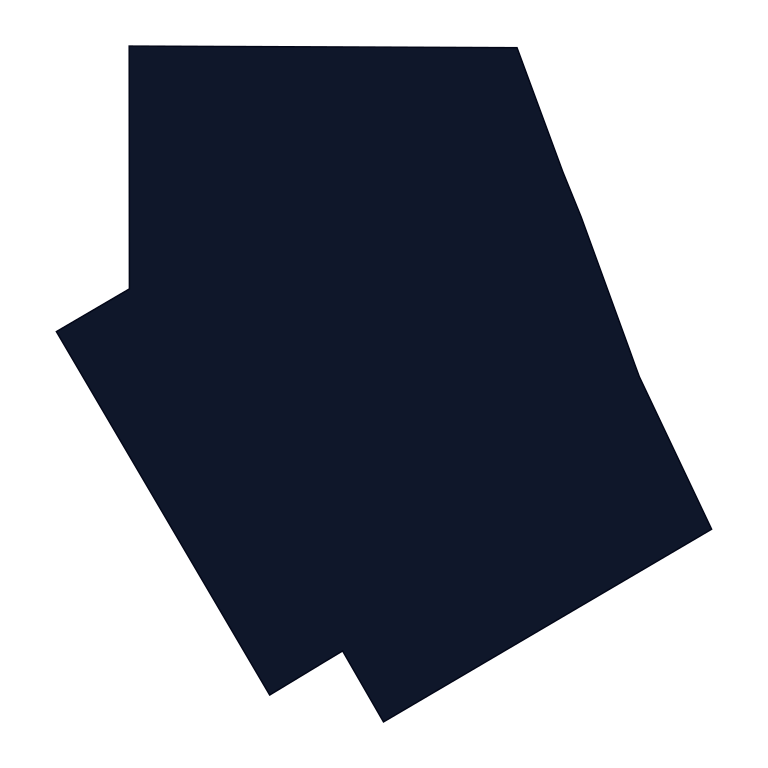 Erath, Texas, United States of America (Robinson projection)
{"feature_id": "52423323B59070350705897", "entity_name": "Erath", "entity_type": "district", "adm_level": 2, "iso_a3": "USA", "parent_name": "United States of America", "parent_adm1": "Texas", "projection": "robinson", "projection_center": [-98.148, 32.215], "detail": "fine", "context": "isolated", "style": "filled", "palette": "ink", "viewbox_px": 768, "rotation_deg": 0, "n_neighbors": 0, "source": "geoboundaries", "source_scale": "gbopen_adm2", "svg_char_len": 321}
<svg xmlns="http://www.w3.org/2000/svg" viewBox="0 0 768 768"><path d="M577.4,608.0L711.6,529.2L639.3,376.7L634.4,363.4L630.0,351.1L581.2,217.1L562.8,171.8L517.0,47.7L129.2,46.1L129.4,288.9L56.4,331.6L269.7,695.0L323.5,662.4L342.6,650.9L383.5,721.9L577.4,608.0Z" fill="#0f172a" stroke="#020617" stroke-width="1.5"/></svg>